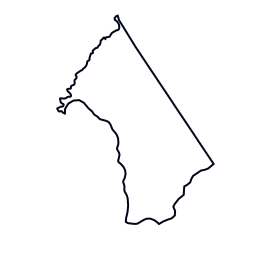 SVG path tracing the border of Kolda, rotated 236°
{"feature_id": "SEN-774", "entity_name": "Kolda", "entity_type": "Region", "adm_level": 1, "iso_a3": "SEN", "parent_name": "Senegal", "parent_adm1": "", "projection": "natural_earth1", "projection_center": [-14.005, 13.12], "detail": "fine", "context": "isolated", "style": "outline", "palette": "ink", "viewbox_px": 256, "rotation_deg": 236, "n_neighbors": 0, "source": "natural_earth", "source_scale": "10m", "svg_char_len": 3124}
<svg xmlns="http://www.w3.org/2000/svg" viewBox="0 0 256 256"><g transform="rotate(236 128 128)"><path d="M226.9,182.3L222.5,180.9L190.5,179.6L155.5,179.4L129.7,179.3L120.4,179.2L85.4,179.1L77.4,179.0L50.3,178.9L49.6,171.8L50.4,168.4L51.9,164.7L51.9,159.3L51.9,155.2L50.2,151.8L48.1,149.1L47.8,145.0L48.1,142.0L44.7,139.3L41.5,136.9L41.2,134.2L40.9,130.4L38.9,124.3L37.4,121.6L32.8,120.6L29.3,117.9L28.7,113.8L29.9,109.4L30.8,105.0L31.1,100.0L34.3,99.3L37.5,97.9L40.4,95.8L42.4,92.7L43.0,89.6L43.4,82.4L44.8,79.8L47.0,77.2L49.1,74.8L51.3,73.7L54.0,75.7L58.5,80.5L63.4,84.6L69.9,88.4L73.2,89.4L77.0,89.7L78.5,90.2L81.8,92.5L83.6,93.2L85.6,93.6L86.7,94.4L88.6,97.6L91.4,100.4L94.7,102.0L98.3,102.5L102.0,102.0L105.2,101.1L106.3,101.5L109.1,104.5L110.0,105.5L111.3,106.4L112.8,106.8L115.9,107.0L117.2,107.4L118.3,108.7L119.1,109.9L120.0,110.8L121.0,111.7L124.6,113.8L127.2,114.6L129.9,114.9L135.5,114.3L140.9,115.4L143.7,115.3L145.9,114.1L150.6,110.0L152.1,109.3L153.8,109.3L158.1,107.5L162.0,107.5L166.0,106.3L173.5,105.5L178.4,103.1L181.2,98.2L181.6,92.3L179.2,86.8L178.2,85.9L175.9,84.3L175.3,83.7L176.5,83.0L177.4,82.6L178.5,82.4L179.1,82.3L179.4,81.9L179.7,81.4L179.8,80.8L180.1,80.3L180.5,80.0L181.0,79.9L182.0,80.0L183.1,80.0L183.6,80.2L183.8,80.6L183.7,81.3L183.4,82.5L183.4,83.6L183.3,83.9L183.3,84.1L182.9,84.7L182.6,85.2L182.4,85.7L182.4,86.4L182.7,87.1L183.3,87.7L183.9,87.8L184.4,87.6L185.3,87.0L185.8,86.8L186.4,86.7L187.0,86.7L187.5,86.8L189.0,87.5L190.0,87.8L190.3,88.0L190.4,88.3L190.2,88.9L189.9,89.4L188.1,91.4L187.9,91.9L187.7,92.4L187.5,93.0L187.5,93.7L187.5,94.4L187.5,95.1L187.4,95.7L187.1,96.2L186.9,96.7L186.5,97.1L186.3,97.5L186.2,98.0L186.4,98.6L187.0,99.0L187.6,99.2L188.2,99.3L188.8,99.3L189.5,99.2L191.9,98.7L193.2,98.7L193.7,98.9L194.1,99.3L194.0,100.0L193.8,100.6L192.9,102.0L192.8,102.5L193.0,103.0L193.6,103.4L194.1,103.8L194.5,104.3L194.5,105.2L194.4,106.0L194.1,107.2L194.2,107.9L194.6,108.5L195.6,109.3L197.0,109.9L197.4,110.3L197.7,110.9L197.9,111.8L198.1,112.7L198.4,113.4L199.1,114.0L199.7,114.1L200.9,114.1L201.4,114.4L201.7,114.9L201.9,115.7L202.0,118.2L201.9,119.1L202.0,120.9L201.8,121.6L201.7,122.2L201.8,122.9L202.2,123.8L202.3,125.7L202.5,126.8L203.2,128.5L204.5,130.2L205.1,130.7L205.6,131.0L205.9,131.5L206.0,132.2L205.9,132.9L205.9,133.6L206.1,134.2L207.6,135.3L208.7,136.6L209.5,137.7L210.2,138.5L210.4,138.9L210.2,139.6L209.9,140.1L209.8,140.6L210.0,141.1L210.7,141.4L211.3,141.6L211.7,141.9L211.9,142.3L212.3,145.8L212.1,146.5L211.8,147.0L211.7,147.4L211.9,148.1L212.4,148.9L212.7,150.7L213.0,151.6L214.0,152.8L215.3,153.9L215.7,154.3L216.1,157.1L216.5,157.9L216.4,158.7L216.0,158.9L215.4,158.9L214.9,158.9L214.5,159.0L214.6,159.3L215.1,159.8L215.4,160.3L215.3,160.9L215.1,161.4L214.5,162.4L214.3,163.0L214.1,163.5L214.2,164.2L214.4,165.0L215.1,165.9L215.4,166.9L215.7,167.6L215.8,168.3L215.5,172.6L215.4,173.2L214.9,174.2L214.8,174.8L215.0,175.5L215.6,176.4L216.4,177.1L217.7,177.8L218.7,178.3L220.0,178.5L222.3,178.5L223.3,178.3L224.1,177.9L224.6,177.7L225.1,177.6L226.5,178.3L227.3,180.5L226.9,182.3L226.9,182.3Z" fill="none" stroke="#020617" stroke-width="2"/></g></svg>